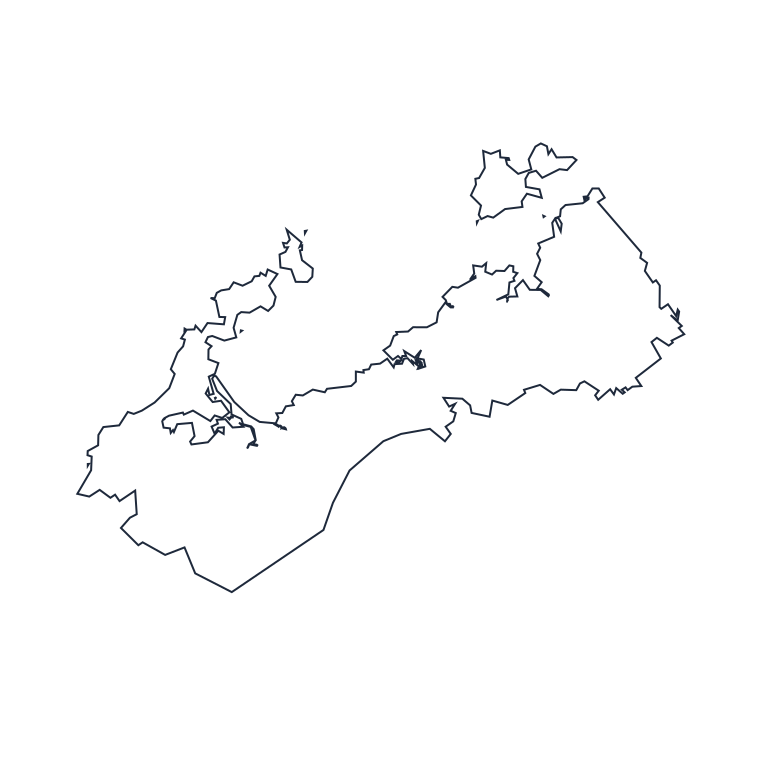 Glamorgan-Spring Bay, Tasmania, Australia (orthographic projection), rotated 225°
{"feature_id": "25037944B36269977330964", "entity_name": "Glamorgan-Spring Bay", "entity_type": "district", "adm_level": 2, "iso_a3": "AUS", "parent_name": "Australia", "parent_adm1": "Tasmania", "projection": "orthographic", "projection_center": [148.12, -42.278], "detail": "fine", "context": "isolated", "style": "outline", "palette": "slate", "viewbox_px": 768, "rotation_deg": 225, "n_neighbors": 0, "source": "geoboundaries", "source_scale": "gbopen_adm2", "svg_char_len": 6177}
<svg xmlns="http://www.w3.org/2000/svg" viewBox="0 0 768 768"><g transform="rotate(225 384 384)"><path d="M468.2,96.2L443.7,96.3L442.7,101.4L417.9,108.4L409.5,127.4L383.6,116.6L344.5,129.2L323.6,238.0L336.1,263.9L347.2,298.5L344.0,343.1L336.6,360.8L319.9,384.7L300.4,386.6L301.5,395.9L310.2,397.4L308.6,406.6L312.7,414.2L317.9,412.2L319.7,420.3L322.0,414.1L332.2,416.3L318.2,429.0L308.0,429.8L301.6,425.5L286.2,435.5L295.7,448.9L281.7,456.7L277.7,477.5L280.9,478.9L273.0,493.7L257.2,496.8L255.0,505.0L243.7,515.6L245.8,522.9L244.2,527.6L227.4,531.1L226.7,525.3L221.4,524.3L220.4,540.2L214.0,539.2L216.9,545.3L208.3,545.9L207.9,548.3L211.8,548.1L210.8,552.4L207.4,551.9L206.5,557.7L200.6,564.5L210.3,566.4L206.3,597.8L224.5,602.8L223.7,609.6L209.8,612.5L209.1,617.5L211.3,618.0L206.9,631.5L215.1,632.0L214.5,635.6L230.0,635.4L221.2,636.5L226.5,643.9L228.9,644.3L225.4,638.6L239.6,641.2L241.1,633.2L243.5,633.2L258.6,648.6L265.0,649.7L265.7,645.9L279.5,648.4L283.6,655.7L291.9,654.4L294.9,658.9L361.4,663.8L359.7,671.8L370.4,674.1L374.9,669.6L372.8,660.6L375.2,657.6L372.1,655.6L372.7,657.8L371.0,660.3L370.1,659.3L371.3,652.3L382.2,638.9L382.5,632.5L378.1,627.1L379.9,623.0L379.7,622.1L378.4,624.7L371.7,623.0L367.0,616.9L380.0,621.8L379.0,616.9L367.8,608.4L374.3,592.4L369.9,590.8L367.8,584.3L361.1,582.1L354.1,566.8L344.5,567.5L343.1,559.4L339.6,562.4L330.9,563.8L330.2,563.4L329.9,562.2L339.7,561.3L347.5,553.7L359.2,555.7L359.1,544.4L351.6,540.2L357.3,534.2L357.1,531.6L355.8,530.9L355.8,530.3L355.3,529.5L355.2,529.1L355.3,528.9L355.5,528.6L355.3,529.1L355.9,530.2L355.8,530.9L359.6,532.1L363.9,522.9L359.5,535.3L367.1,544.5L364.7,549.2L367.4,550.4L368.1,556.7L372.0,554.7L375.8,558.7L379.2,556.5L378.7,549.1L384.8,543.4L385.0,537.8L391.8,535.0L397.2,541.7L397.7,536.2L404.8,530.9L398.3,525.9L397.0,518.5L395.6,524.8L394.3,523.8L399.8,504.4L404.4,501.0L404.2,487.0L399.6,487.0L396.1,485.2L394.1,487.2L391.5,486.1L390.4,487.7L389.7,487.7L389.3,487.2L388.8,487.5L391.0,485.3L396.3,484.8L398.4,485.9L396.4,473.0L390.4,464.8L393.8,454.4L403.6,444.7L404.1,438.1L412.1,429.4L409.7,428.4L411.0,424.8L406.8,415.5L408.2,407.4L394.9,407.4L393.9,413.7L389.3,414.0L390.8,416.8L388.1,419.4L392.9,421.6L380.8,424.3L381.7,434.3L378.4,425.8L373.2,429.4L367.2,425.6L369.4,421.2L369.6,423.8L371.6,425.0L373.1,425.4L370.5,421.6L370.2,420.1L370.9,418.8L373.3,424.9L375.9,422.0L373.6,420.9L380.3,420.2L377.8,418.6L385.6,418.9L387.7,416.0L385.6,411.1L390.6,405.5L388.9,402.6L399.6,404.2L401.2,395.6L406.8,388.7L405.1,383.8L408.4,379.3L406.4,377.7L412.7,372.9L405.6,365.8L405.8,359.4L420.9,340.3L420.0,336.3L430.4,329.7L433.3,318.5L438.8,314.0L437.0,306.7L432.9,305.3L437.6,298.8L435.4,291.6L439.4,287.1L435.0,285.7L432.3,278.6L430.7,279.8L429.7,279.9L428.4,279.4L428.3,280.8L428.1,281.1L427.3,281.4L426.5,281.4L425.6,281.2L425.2,280.4L424.5,282.2L423.9,282.9L422.7,283.1L422.0,283.0L421.3,282.6L425.2,280.3L427.9,281.1L428.3,280.7L428.0,280.1L428.4,279.3L433.3,278.0L433.7,278.8L445.1,269.3L457.7,266.1L477.3,265.4L508.1,270.7L510.0,269.8L509.2,266.2L497.1,261.0L478.2,261.4L470.3,254.7L460.3,258.4L455.2,255.9L447.9,260.1L444.2,259.9L435.0,253.6L433.9,248.9L431.1,251.1L430.3,251.2L429.9,250.7L429.4,250.9L436.7,246.1L435.4,243.2L435.2,241.6L436.9,246.0L435.0,253.3L447.9,259.4L455.5,254.9L459.2,254.2L453.3,254.2L460.3,246.2L471.3,246.9L477.0,240.3L473.4,238.5L475.8,232.0L468.7,229.1L470.3,235.8L466.6,240.2L462.1,235.3L468.1,233.8L467.3,218.3L477.4,205.1L480.4,206.2L481.1,213.2L492.3,220.7L501.8,209.4L498.6,201.5L500.6,202.2L500.2,198.6L504.0,201.3L509.0,197.3L514.4,200.8L515.0,202.5L515.1,204.6L513.6,209.6L506.0,221.6L503.9,220.8L500.3,230.1L480.6,235.0L481.5,242.0L474.4,245.6L473.3,254.6L487.4,256.9L492.4,250.1L503.4,251.2L505.1,256.3L499.7,252.8L497.5,256.6L513.1,265.3L510.8,271.6L515.9,281.7L525.7,277.3L532.5,284.3L532.7,288.8L539.8,287.3L541.7,292.7L539.4,296.5L527.6,301.8L521.4,312.5L530.1,317.4L536.6,329.2L535.8,333.9L529.5,339.4L526.2,351.6L517.6,353.7L517.6,361.3L522.2,369.0L534.7,372.3L537.1,386.4L547.2,382.7L544.1,376.8L550.0,375.4L548.6,372.3L551.7,368.5L550.2,363.1L553.5,353.5L562.2,349.6L560.6,341.6L565.3,335.1L566.7,330.2L564.4,325.0L567.4,322.2L561.8,324.1L547.8,315.0L543.6,319.0L539.4,313.0L551.9,302.3L549.8,291.6L558.5,292.0L556.7,288.5L561.9,282.9L559.7,272.8L556.2,274.6L552.7,268.6L552.2,260.3L545.2,243.7L539.1,243.1L532.9,229.2L533.1,208.7L536.4,193.9L539.8,185.9L545.4,183.1L542.0,167.5L552.0,155.1L549.9,146.0L542.8,138.5L546.1,127.1L543.3,124.0L539.4,126.0L530.1,115.9L523.2,89.5L512.8,96.0L510.2,108.1L497.0,110.1L495.9,115.6L488.2,114.2L484.6,132.7L466.8,117.1L469.1,109.8L468.2,96.2ZM430.9,635.6L427.3,642.3L417.9,641.7L411.8,660.0L405.8,664.7L406.3,678.5L411.1,677.8L422.2,666.2L431.5,668.5L430.3,662.8L436.9,667.3L443.2,665.0L444.8,658.9L440.5,645.1L431.6,639.9L437.7,627.5L452.1,626.2L456.3,628.7L453.9,631.0L455.6,631.9L462.0,626.5L467.3,631.1L471.2,622.3L478.7,618.9L465.5,608.1L462.4,596.9L464.5,593.7L460.0,590.1L455.9,578.8L441.6,578.8L436.7,570.7L431.8,569.4L429.5,576.0L424.4,578.9L422.1,593.3L411.3,607.1L415.8,610.5L417.5,619.6L404.1,627.2L411.7,631.6L423.0,623.7L429.0,628.9L430.9,635.6ZM538.0,419.0L536.7,420.8L539.8,424.1L540.6,421.3L542.4,425.8L561.9,424.3L552.6,419.4L552.1,414.7L555.2,412.4L550.9,410.2L548.6,412.8L547.1,407.7L549.4,401.7L539.6,393.2L530.6,399.4L518.7,393.8L510.3,402.0L510.5,409.1L516.0,415.3L529.5,413.6L538.0,419.0ZM388.6,412.5L391.6,409.8L391.2,407.9L388.6,409.5L388.6,412.5ZM468.2,249.7L468.4,251.5L470.6,249.8L468.2,249.7ZM546.5,434.7L547.3,437.5L548.2,436.2L546.5,434.7ZM468.1,252.4L466.8,254.1L469.9,252.4L468.1,252.4ZM432.2,563.6L433.0,565.8L433.5,564.7L432.2,563.6ZM536.9,118.0L535.7,116.8L536.2,118.8L536.9,118.0ZM493.0,254.3L493.2,256.1L493.7,254.6L493.0,254.3ZM523.1,320.7L522.3,319.7L522.1,321.3L523.1,320.7ZM375.2,424.3L374.2,425.3L376.4,425.0L375.2,424.3ZM563.3,281.2L563.4,282.4L564.2,282.2L563.3,281.2ZM389.2,614.9L389.0,616.1L390.3,615.6L389.2,614.9ZM378.2,423.2L376.4,422.3L375.7,422.8L375.9,423.8L377.2,423.7L378.2,423.2ZM379.0,425.2L378.2,423.6L377.3,424.5L378.5,425.2L379.0,425.2ZM514.6,205.3L514.7,202.6L514.4,203.8L514.6,205.3Z" fill="none" stroke="#1e293b" stroke-width="2"/></g></svg>